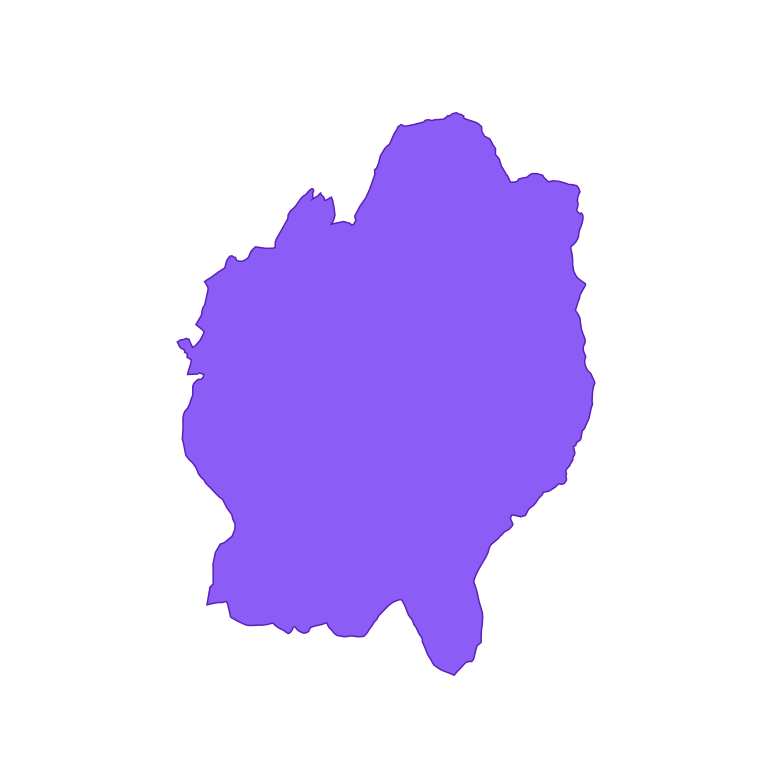 Horea, Alba, Romania, rotated 115°
{"feature_id": "2599482B7023814920704", "entity_name": "Horea", "entity_type": "district", "adm_level": 2, "iso_a3": "ROU", "parent_name": "Romania", "parent_adm1": "Alba", "projection": "equal_earth", "projection_center": [22.952, 46.518], "detail": "fine", "context": "isolated", "style": "filled", "palette": "violet", "viewbox_px": 768, "rotation_deg": 115, "n_neighbors": 0, "source": "geoboundaries", "source_scale": "gbopen_adm2", "svg_char_len": 6171}
<svg xmlns="http://www.w3.org/2000/svg" viewBox="0 0 768 768"><g transform="rotate(115 384 384)"><path d="M659.0,451.1L654.7,445.8L652.4,442.3L650.4,438.3L647.9,435.3L648.0,434.5L648.3,434.0L650.3,432.1L656.2,427.4L659.5,425.0L659.9,424.5L660.3,423.2L660.8,416.2L660.8,408.8L660.4,405.9L660.0,404.6L658.3,400.9L655.1,394.9L654.4,393.0L653.6,391.8L651.3,388.1L648.0,384.3L647.8,383.5L647.8,382.9L648.4,381.6L648.9,380.1L649.6,376.3L649.7,370.9L649.8,369.9L650.4,367.7L650.6,365.7L650.3,365.0L649.8,364.6L648.8,364.0L647.2,363.5L644.9,363.3L643.2,363.5L642.5,363.3L642.1,362.9L641.9,361.9L642.1,361.2L643.2,359.2L643.6,357.9L643.9,356.1L643.9,352.7L643.7,351.5L643.1,350.3L641.8,348.9L640.2,347.8L636.5,347.8L635.4,347.3L633.5,345.5L627.7,338.1L625.4,336.0L624.6,335.0L626.4,333.0L627.8,331.1L629.3,327.1L630.6,324.7L631.1,323.3L631.6,321.2L631.6,319.6L629.8,313.3L629.0,311.6L626.5,307.8L625.7,306.1L624.1,300.8L621.7,296.3L621.0,295.6L619.0,294.8L616.0,294.0L612.7,293.7L608.4,292.8L603.6,292.2L600.5,291.1L595.9,290.8L583.0,286.3L579.3,284.5L576.2,282.2L572.9,278.8L572.4,277.7L572.3,276.7L573.0,275.4L576.3,271.2L582.3,265.0L583.3,263.7L586.3,258.2L589.2,255.4L591.2,251.9L595.8,246.3L597.6,243.1L598.9,241.6L601.4,240.3L605.3,235.8L610.3,230.6L611.2,229.5L614.1,224.9L616.4,221.9L617.7,219.8L618.7,213.7L618.9,211.8L618.9,207.9L618.8,207.6L618.7,205.3L618.4,203.2L618.3,199.4L618.4,197.4L614.6,196.4L601.6,192.1L600.9,191.0L599.3,189.5L598.8,187.7L597.8,187.0L595.5,186.5L582.2,189.1L577.1,186.8L570.9,189.6L565.3,191.9L562.1,192.7L557.2,194.6L553.3,196.2L550.7,197.6L549.2,198.6L540.7,206.1L532.7,212.2L528.2,216.2L526.3,218.3L524.1,219.5L518.9,220.0L512.1,219.9L497.2,218.5L492.7,218.5L488.5,219.2L485.6,219.4L483.7,218.8L476.1,215.3L472.3,214.2L469.6,213.1L467.7,212.6L466.3,211.8L463.0,209.4L461.6,208.8L457.9,207.8L456.7,207.9L454.4,210.3L452.8,212.3L451.7,212.8L448.6,212.6L448.0,211.0L446.5,203.8L444.1,201.3L443.6,200.4L442.6,200.2L437.6,200.1L436.2,199.9L434.4,199.2L431.0,197.3L427.8,196.3L424.1,195.8L421.6,195.3L418.2,194.0L415.9,193.8L414.2,193.4L412.9,191.1L411.2,189.1L405.1,185.2L402.9,184.5L401.5,183.9L400.8,183.4L400.2,182.4L400.1,181.4L399.5,180.2L398.9,179.4L397.9,178.7L395.0,178.1L393.8,178.1L392.6,178.7L390.0,180.6L389.0,180.5L388.2,180.6L386.6,182.3L384.3,182.6L379.6,181.2L377.9,181.3L373.1,180.8L370.6,181.8L367.7,181.4L365.5,182.1L361.5,185.2L360.3,185.8L358.8,184.3L356.1,184.7L354.3,184.0L352.1,182.6L351.2,182.4L348.5,182.8L348.0,183.1L342.8,184.5L340.9,183.8L338.9,183.4L337.5,183.6L328.5,183.7L318.0,186.1L314.7,186.4L313.0,187.1L312.0,188.0L303.0,191.7L297.1,193.2L294.9,193.2L294.0,193.4L293.2,194.0L291.8,195.5L287.6,200.4L286.9,201.5L286.0,204.4L285.2,205.8L283.7,207.7L281.2,210.2L278.6,211.8L276.3,212.4L274.4,212.6L273.6,213.0L270.4,216.7L267.7,218.5L265.9,219.1L261.6,219.3L259.4,220.1L258.4,220.8L251.4,227.9L245.4,231.9L242.5,233.5L241.5,234.3L238.9,237.3L236.8,241.0L236.2,241.6L235.2,241.8L227.1,242.9L223.8,243.0L221.6,243.7L219.9,244.0L210.2,243.2L208.5,243.4L208.0,244.1L207.7,245.1L207.6,246.5L206.8,250.3L205.9,253.8L204.7,255.8L201.9,259.4L198.9,261.6L196.0,263.5L191.6,265.6L187.3,268.1L182.0,272.1L180.3,272.7L178.8,271.8L176.8,271.0L174.3,270.2L171.3,269.9L169.3,269.9L168.2,270.0L166.4,270.7L162.5,271.8L156.9,272.1L151.9,273.0L149.4,273.8L147.6,274.7L146.5,275.8L145.7,277.5L146.9,277.9L146.2,281.2L145.2,282.6L144.2,283.1L142.4,283.2L138.8,284.1L136.2,286.2L132.6,287.4L128.0,287.7L127.1,287.5L124.3,290.3L122.8,293.2L123.9,298.2L125.1,300.8L125.1,303.0L126.4,311.3L128.5,316.9L131.3,320.5L129.2,326.4L127.8,328.4L128.7,334.3L130.8,338.9L133.4,340.6L136.3,341.8L138.3,344.9L141.4,348.6L144.2,348.9L146.1,351.5L147.6,354.7L142.5,360.8L142.7,361.8L141.2,363.3L136.7,370.0L131.4,374.6L128.8,380.1L123.5,382.4L121.8,385.5L117.2,391.6L116.9,397.7L113.8,402.0L109.5,404.4L108.3,408.2L108.1,411.7L109.5,423.3L108.9,424.4L107.4,425.0L107.2,428.9L107.8,429.8L107.5,432.8L109.2,435.2L110.4,436.3L113.4,437.9L113.8,439.6L115.8,440.3L117.4,441.3L118.6,441.5L123.0,449.6L125.1,452.0L125.5,455.0L127.5,458.0L129.7,458.7L136.8,467.3L141.7,474.0L141.6,478.1L145.0,480.0L149.3,480.0L152.3,480.6L164.5,480.3L167.3,481.9L170.3,482.8L178.8,483.7L186.8,482.1L192.0,482.0L193.7,483.1L198.1,480.8L213.6,479.3L223.0,479.2L233.3,481.0L244.3,481.5L247.7,478.6L252.3,479.1L253.7,480.9L252.8,482.6L253.8,489.2L261.5,499.5L259.2,499.0L256.1,499.0L251.7,499.8L245.7,503.5L239.1,508.3L236.9,510.7L241.1,513.6L242.8,515.4L241.5,516.2L240.7,516.9L240.0,518.0L238.7,521.3L237.7,522.1L239.6,523.0L240.7,523.0L246.9,527.1L245.1,527.0L243.4,528.2L241.0,529.2L238.4,529.5L237.6,530.2L237.2,531.3L237.8,532.2L240.8,533.7L245.5,535.0L247.5,536.4L250.3,537.6L259.9,539.3L263.0,540.3L266.6,541.9L271.1,542.4L274.8,541.0L298.2,542.8L301.4,542.5L306.4,540.3L307.9,542.2L311.1,548.6L314.0,558.4L318.3,560.2L320.3,560.6L326.8,560.4L329.5,561.8L331.3,563.1L332.9,564.7L333.8,567.0L334.2,569.0L334.0,569.9L333.7,570.5L332.2,571.9L332.1,572.2L332.5,573.8L332.1,575.8L332.7,576.9L333.4,577.7L337.4,578.6L339.7,578.6L345.1,577.5L346.4,577.6L352.8,581.6L361.2,586.2L363.7,588.0L367.0,589.9L368.6,587.3L370.9,584.4L371.9,583.7L374.7,582.9L388.0,579.9L390.6,580.3L393.0,580.2L398.6,578.6L401.9,578.8L409.6,579.6L411.8,571.0L412.5,569.3L414.5,568.8L422.4,569.2L429.5,571.3L431.7,573.1L430.1,574.8L428.7,576.7L425.8,579.7L426.1,580.1L426.2,582.4L428.7,584.9L430.3,587.3L430.9,587.8L432.1,588.2L433.3,589.1L433.9,588.2L436.5,585.1L437.1,583.8L437.5,582.4L437.2,580.5L437.8,579.4L437.9,578.5L439.5,578.2L439.6,575.2L443.1,573.7L443.4,569.4L444.8,568.2L455.8,566.6L458.4,566.1L453.8,557.2L452.0,556.0L451.5,551.5L454.3,550.7L456.7,551.6L457.3,552.1L458.4,554.6L463.6,556.6L466.7,556.4L475.2,552.6L480.7,552.2L483.5,551.7L488.6,551.7L492.7,552.9L496.2,552.8L500.1,551.7L509.1,547.4L519.2,543.5L522.1,541.0L532.5,533.4L535.0,528.4L536.2,524.5L538.7,520.0L540.1,518.0L543.7,514.4L546.0,510.1L547.0,506.7L549.0,504.0L555.8,486.3L556.8,481.5L562.8,473.9L566.6,466.9L570.6,463.7L573.6,459.9L578.5,457.8L586.0,457.3L595.2,461.6L598.4,464.8L608.2,465.6L619.6,462.8L637.3,454.3L642.1,456.0L643.6,455.3L659.0,451.1Z" fill="#8b5cf6" stroke="#5b21b6" stroke-width="1.5"/></g></svg>